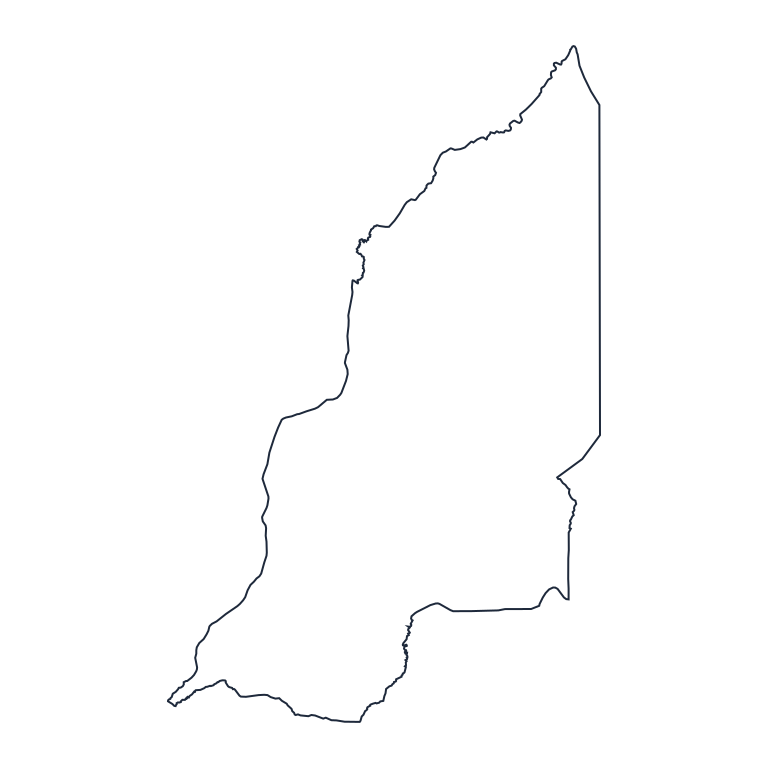 Chi Kraeng, Siemréab, Cambodia, rotated 180°
{"feature_id": "14789045B44896386917879", "entity_name": "Chi Kraeng", "entity_type": "district", "adm_level": 2, "iso_a3": "KHM", "parent_name": "Cambodia", "parent_adm1": "Siemréab", "projection": "albers", "projection_center": [104.442, 13.166], "detail": "fine", "context": "isolated", "style": "outline", "palette": "slate", "viewbox_px": 768, "rotation_deg": 180, "n_neighbors": 0, "source": "geoboundaries", "source_scale": "gbopen_adm2", "svg_char_len": 6035}
<svg xmlns="http://www.w3.org/2000/svg" viewBox="0 0 768 768"><g transform="rotate(180 384 384)"><path d="M498.6,315.4L500.6,303.8L504.4,293.8L505.5,289.2L499.6,271.5L499.5,269.4L500.6,262.7L501.5,260.0L505.8,251.3L505.9,250.3L505.2,246.6L502.4,242.6L501.9,239.8L502.3,232.2L501.5,226.3L501.2,215.3L501.5,212.2L503.7,205.6L506.8,194.4L508.6,191.7L511.5,189.5L514.1,186.3L517.5,183.1L520.4,177.7L522.8,170.8L524.9,167.7L528.1,164.1L530.6,161.9L542.1,154.0L551.4,146.6L556.0,144.2L558.2,142.1L558.7,141.2L559.6,137.3L561.4,133.7L564.3,129.0L568.7,125.0L571.2,120.7L571.7,117.8L571.7,114.3L572.8,110.2L570.9,100.6L571.1,98.6L571.8,96.7L574.0,93.0L576.5,90.3L580.8,87.0L581.9,87.0L584.3,85.8L584.2,83.6L585.2,81.8L587.3,80.4L589.2,80.2L590.0,78.7L592.3,76.1L595.2,74.3L596.3,70.9L597.5,69.9L597.7,69.1L599.0,68.6L599.9,67.7L600.0,66.7L595.6,64.0L593.7,62.1L592.4,61.9L592.0,63.0L591.3,63.8L591.4,64.8L590.0,65.6L589.0,65.4L587.2,65.9L587.2,66.6L585.6,68.2L583.1,68.1L582.3,69.3L581.9,69.6L581.5,69.2L580.7,69.9L581.2,70.4L580.4,71.2L579.1,70.6L578.4,72.0L576.0,73.6L574.0,76.2L573.6,75.9L573.0,76.1L572.8,77.3L572.2,77.8L567.6,78.1L563.8,79.8L562.2,81.1L560.8,81.2L557.9,82.2L557.2,81.9L554.4,82.8L553.8,83.7L551.6,84.7L550.5,85.9L549.6,85.9L548.4,87.0L545.6,87.7L543.4,87.6L542.8,87.5L542.2,86.8L542.3,85.5L540.0,81.8L538.8,80.9L535.9,80.1L535.1,78.8L534.0,79.0L533.0,78.3L528.5,72.3L527.1,71.4L522.0,71.2L509.4,72.9L503.8,73.2L500.5,72.9L497.3,70.9L492.6,69.4L488.8,69.8L486.1,67.2L481.3,64.3L480.3,62.6L476.5,59.2L475.7,56.8L473.9,55.2L473.3,53.5L472.3,53.0L470.0,53.6L467.5,52.6L459.6,51.8L456.6,53.0L452.9,52.5L444.8,49.4L442.2,50.3L436.6,47.8L431.5,47.6L423.5,46.3L408.3,46.1L407.5,47.2L406.3,51.5L404.5,53.3L402.9,56.9L401.4,57.9L400.7,59.0L401.0,59.7L400.5,60.8L397.9,62.2L398.1,62.7L397.5,63.4L395.2,64.3L392.4,65.1L391.4,64.6L388.9,65.3L387.7,66.6L384.7,67.1L383.6,72.0L382.5,74.6L381.9,79.0L378.6,81.7L376.4,82.4L375.6,83.8L374.3,84.6L374.0,86.0L372.4,86.4L371.9,87.0L371.9,88.7L366.4,91.3L366.4,92.5L365.4,93.3L365.2,94.5L364.5,94.7L363.5,95.6L362.1,101.0L363.1,101.7L362.0,102.8L362.2,105.6L361.4,106.8L362.5,107.9L361.1,108.7L360.8,109.3L361.3,110.5L360.5,111.0L360.9,112.7L361.6,113.2L361.9,114.1L361.0,114.7L360.9,115.4L361.8,115.4L362.8,114.9L363.2,115.9L362.8,116.5L362.0,116.8L361.8,117.4L362.0,117.8L362.8,117.7L364.0,119.3L363.6,121.1L362.9,121.7L361.3,122.0L361.2,122.7L361.8,123.3L364.3,122.4L365.1,122.7L365.2,123.4L364.6,124.9L361.4,128.8L361.0,131.9L359.2,132.9L359.9,134.4L358.5,134.9L358.2,135.4L359.9,137.9L359.8,138.8L358.4,140.3L359.8,141.4L358.4,141.2L356.9,142.1L356.7,143.1L357.3,144.1L355.4,147.6L356.3,148.1L356.9,149.5L356.5,151.7L353.0,154.8L351.0,156.1L337.6,162.9L332.3,164.5L330.1,164.6L328.5,164.1L317.6,157.9L314.9,156.8L295.8,156.9L269.7,157.6L263.1,158.9L236.9,159.0L228.8,162.2L228.4,164.0L225.2,170.5L222.4,174.9L218.9,178.6L214.9,180.5L212.7,180.4L210.4,179.1L204.1,170.6L201.8,168.9L199.4,168.6L199.4,179.4L199.8,189.0L199.7,209.8L199.2,217.9L199.3,235.5L197.2,239.3L198.5,239.9L198.3,242.8L197.3,244.3L197.2,245.1L198.0,246.9L197.8,247.8L197.2,248.3L195.7,251.5L194.3,252.8L195.3,255.9L194.0,257.2L193.6,258.1L194.0,259.8L193.5,261.7L191.8,264.0L192.6,267.3L195.4,268.7L197.1,270.7L198.9,274.4L199.0,276.0L198.5,278.7L199.6,279.3L200.9,280.7L202.5,283.0L205.2,285.0L207.8,288.9L209.9,289.1L210.8,290.6L185.7,309.0L168.0,332.9L168.6,663.0L177.0,676.6L183.8,690.5L188.5,702.3L190.4,713.7L191.2,715.5L191.9,719.3L193.2,721.5L194.5,721.9L195.6,721.4L197.1,718.8L197.8,718.3L197.7,717.6L199.8,712.8L202.6,708.7L205.8,707.1L206.3,706.5L206.5,704.2L206.9,703.5L207.9,703.5L211.8,705.3L213.5,705.0L214.1,704.4L214.1,702.6L212.1,700.3L212.1,698.7L212.9,697.7L216.2,696.5L216.9,695.7L217.1,693.0L216.3,690.6L217.2,689.6L219.4,688.6L220.2,687.7L223.8,681.8L226.2,680.2L226.8,679.3L226.8,676.0L228.5,673.8L228.4,673.2L228.8,672.6L236.4,664.0L242.1,658.4L247.7,653.9L247.8,652.5L246.0,648.3L246.4,647.1L247.6,645.6L248.5,645.0L250.1,645.5L253.4,647.3L254.7,647.1L258.0,644.5L258.5,643.3L258.3,642.1L257.0,640.2L257.1,638.9L257.7,637.7L258.4,637.4L259.7,637.1L262.2,637.6L263.3,637.1L263.9,635.7L264.9,635.5L267.5,635.9L268.2,635.5L269.1,635.5L270.6,636.5L271.5,636.6L273.4,634.7L277.5,635.7L278.0,634.0L280.9,630.8L281.0,629.1L281.6,628.5L284.6,630.5L286.8,630.4L290.7,628.6L294.6,625.5L296.1,626.3L296.9,626.2L303.0,620.6L304.5,620.0L307.6,618.9L313.2,618.1L316.5,619.5L317.6,619.6L322.1,616.5L325.2,615.3L327.6,612.8L333.7,600.2L333.9,598.7L333.1,596.7L332.0,595.2L332.8,592.9L334.7,591.4L334.6,589.9L335.3,587.5L336.9,584.8L339.6,584.4L340.8,583.3L341.5,582.4L341.6,580.1L342.5,579.6L343.7,577.0L348.1,573.8L352.2,568.3L353.1,567.9L356.8,568.7L361.2,565.8L363.3,563.1L368.2,554.7L373.4,547.4L379.0,541.2L382.1,541.1L388.6,542.0L390.8,542.7L391.6,542.6L392.2,541.8L393.7,541.8L394.9,539.8L397.0,538.4L397.0,537.7L398.2,535.5L398.6,534.0L398.5,533.4L397.6,533.1L397.9,532.2L397.7,531.7L397.9,531.1L399.7,530.4L400.1,529.7L399.8,528.2L401.6,527.2L401.7,526.7L403.1,528.0L403.6,527.9L403.5,526.6L404.1,525.7L405.3,526.8L405.7,528.6L406.4,528.8L408.3,527.8L408.6,526.3L407.7,525.4L408.2,524.6L407.9,523.3L409.0,522.8L408.6,521.6L409.2,520.7L409.9,520.9L410.5,519.7L411.3,519.0L410.4,517.5L411.2,516.1L408.7,514.0L407.5,514.2L406.5,512.9L406.0,511.6L404.7,511.4L404.2,511.0L404.2,509.2L403.5,508.0L404.6,505.3L404.3,503.7L405.2,502.4L404.5,500.8L405.0,499.7L404.3,499.3L403.8,497.3L404.5,495.4L405.1,495.1L405.3,492.9L405.8,492.6L405.3,492.1L405.5,490.9L408.1,488.4L410.0,488.1L410.5,487.7L409.9,485.4L410.1,484.7L410.6,484.7L414.3,487.5L415.3,487.6L415.5,487.1L416.1,480.6L415.5,476.0L415.8,473.0L419.7,452.5L419.3,447.8L419.5,442.0L420.6,431.9L419.4,417.3L420.1,415.1L421.5,412.9L423.0,406.0L423.1,405.0L420.6,398.3L420.3,393.9L422.0,387.1L426.6,375.1L427.8,373.3L430.9,370.1L435.1,368.5L441.2,368.2L450.0,360.8L453.1,359.3L461.5,356.7L468.9,354.0L470.8,353.8L476.2,351.7L482.0,350.5L484.7,349.4L486.3,348.2L489.9,340.4L493.5,331.1L498.6,315.4Z" fill="none" stroke="#1e293b" stroke-width="2"/></g></svg>